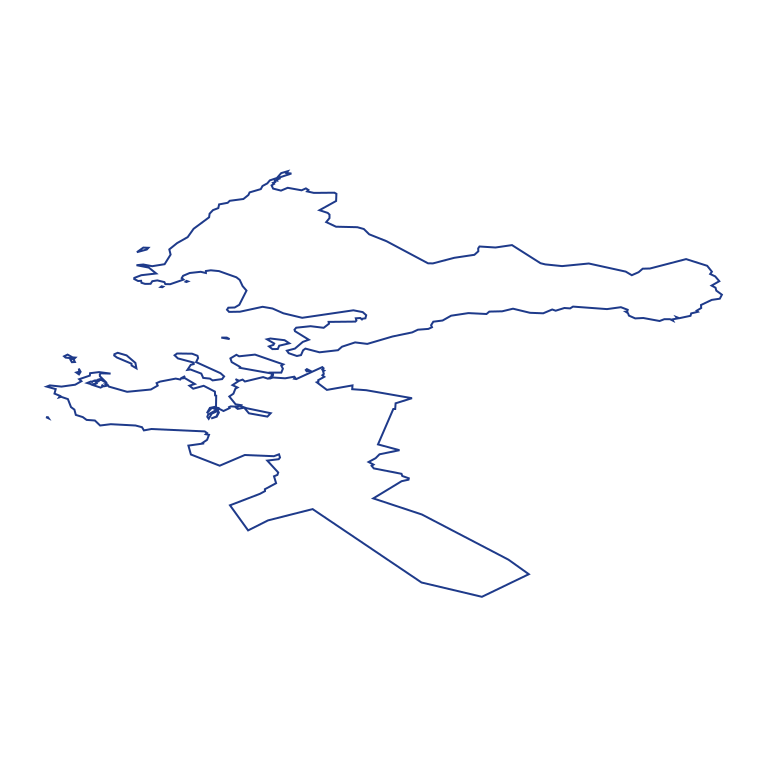 Reykjavíkurborg, Reykjavík, Iceland (Equal Earth projection)
{"feature_id": "244011B48219786980381", "entity_name": "Reykjavíkurborg", "entity_type": "district", "adm_level": 2, "iso_a3": "ISL", "parent_name": "Iceland", "parent_adm1": "Reykjavík", "projection": "equal_earth", "projection_center": [-21.784, 64.152], "detail": "fine", "context": "isolated", "style": "outline", "palette": "blue", "viewbox_px": 768, "rotation_deg": 0, "n_neighbors": 0, "source": "geoboundaries", "source_scale": "gbopen_adm2", "svg_char_len": 6068}
<svg xmlns="http://www.w3.org/2000/svg" viewBox="0 0 768 768"><path d="M715.2,276.4L710.2,274.0L711.9,271.7L707.2,265.8L686.1,259.1L650.0,268.5L642.7,268.7L638.6,272.2L631.8,275.2L625.7,271.6L588.8,263.5L562.1,266.1L545.3,264.4L540.5,263.2L512.0,245.1L495.5,247.5L479.5,246.5L478.2,248.4L478.3,251.3L474.4,254.8L454.3,257.8L432.9,263.4L428.0,263.3L386.5,241.2L369.2,234.3L363.8,229.0L357.3,227.2L336.0,226.7L326.2,222.1L329.5,218.1L329.5,214.6L327.7,212.9L319.5,210.2L336.1,201.0L336.4,193.8L334.4,192.7L313.9,192.9L307.1,191.4L308.4,190.0L305.9,188.4L301.6,190.3L287.7,187.8L281.0,190.6L273.1,188.6L271.6,185.4L274.0,183.9L273.0,182.9L275.2,182.0L274.8,180.5L277.3,180.7L277.0,179.5L279.7,178.5L279.4,177.5L291.4,173.5L286.5,173.0L287.8,171.2L281.2,173.1L276.9,178.0L269.8,180.4L267.3,183.4L262.5,186.0L260.8,189.1L249.6,192.4L248.4,195.0L243.4,199.0L229.7,200.8L227.7,202.8L219.1,204.4L218.3,208.1L213.0,210.1L209.6,213.7L209.1,217.3L193.6,228.8L187.7,237.1L177.1,243.1L169.3,249.4L170.6,254.6L164.6,264.2L152.2,266.2L143.3,264.5L136.5,265.2L148.8,267.6L156.2,273.5L141.3,275.2L134.3,277.9L134.2,279.0L138.1,281.0L141.1,280.8L141.5,282.8L145.1,283.9L150.6,283.8L152.3,281.2L157.3,280.4L164.4,282.1L165.3,284.1L170.2,284.2L183.5,279.6L181.7,278.1L183.1,275.8L189.7,273.0L200.7,271.8L205.9,273.0L205.9,271.0L210.8,270.3L219.0,271.1L236.4,277.3L239.7,279.9L242.6,286.1L246.5,290.6L239.3,304.8L234.7,307.5L228.3,307.7L227.0,309.7L229.1,311.9L240.0,311.7L262.6,306.8L272.5,308.5L283.4,313.3L302.2,317.8L353.4,310.3L362.7,312.1L366.2,315.2L365.4,318.3L361.4,318.9L362.7,320.1L360.3,318.0L355.8,318.3L356.4,320.6L355.4,321.6L328.6,321.9L329.0,323.7L323.7,327.8L310.6,326.2L296.2,327.7L294.5,329.7L295.0,331.2L308.8,339.7L302.8,341.9L294.9,348.6L286.9,350.7L288.7,353.2L296.9,356.0L301.0,355.1L303.1,350.3L305.4,348.6L319.5,352.3L338.0,350.2L342.0,346.7L355.1,342.4L367.3,343.9L392.5,336.5L412.2,332.4L417.9,329.7L428.4,328.9L432.0,327.2L431.1,325.2L433.3,321.7L442.6,320.5L451.1,315.7L468.4,313.1L486.5,314.0L489.3,311.6L502.2,311.3L513.0,308.7L530.0,312.8L543.2,313.3L552.2,309.5L555.7,310.7L564.4,308.0L570.1,308.4L573.0,306.6L607.0,309.1L620.9,307.2L627.7,309.8L627.3,311.5L625.7,311.7L628.0,313.2L628.9,315.6L635.2,318.4L643.3,318.0L659.6,321.0L664.3,319.2L670.0,319.2L673.0,320.7L672.3,319.4L677.3,318.5L676.2,317.0L679.3,318.2L690.5,315.8L691.2,313.4L697.9,311.8L696.7,310.7L701.2,308.0L701.0,305.0L711.7,299.9L719.8,298.7L721.9,294.7L716.3,290.6L715.5,287.7L711.6,285.6L719.3,281.2L715.2,276.4ZM322.3,367.1L296.2,379.1L294.2,378.7L295.1,377.6L294.3,376.7L285.2,378.3L272.9,377.5L269.2,378.8L271.8,377.4L273.1,374.9L272.9,373.7L271.4,372.6L281.3,372.6L282.9,368.7L281.3,365.7L283.3,364.4L255.0,354.6L239.1,356.3L236.4,354.8L230.4,358.4L231.7,362.1L240.1,366.9L239.7,367.8L272.2,373.6L271.2,376.8L268.0,378.7L263.1,377.1L244.9,381.5L242.6,379.6L239.1,380.8L235.5,379.1L238.4,381.2L232.5,385.1L237.5,387.5L235.4,388.7L233.4,393.7L229.3,396.5L235.6,404.3L241.4,405.2L240.9,406.2L246.5,408.2L270.7,413.2L267.4,416.6L248.9,413.3L244.2,407.7L237.7,408.9L236.2,407.7L237.9,406.7L230.7,406.4L229.1,407.1L229.6,408.1L223.5,411.0L218.8,408.6L217.8,410.3L218.9,412.6L216.7,416.7L211.2,418.5L216.5,416.4L218.3,412.3L217.1,411.2L211.8,413.6L208.7,418.8L207.3,416.8L208.2,414.5L216.3,410.0L218.0,407.9L215.3,407.4L217.0,408.3L216.0,409.3L211.9,407.8L206.9,413.2L209.9,407.9L216.0,406.6L216.2,395.7L215.1,395.4L214.9,391.6L203.7,385.8L193.2,388.7L189.4,385.7L194.8,384.0L184.8,378.1L181.8,378.4L185.1,376.1L181.1,378.2L180.3,379.5L175.7,378.6L160.0,381.6L156.6,383.1L157.7,385.6L150.9,389.5L127.1,391.8L108.9,386.6L107.3,384.3L105.5,384.3L107.1,385.7L104.0,386.3L101.5,384.8L103.3,386.2L100.6,387.6L93.0,385.1L97.6,382.9L92.2,384.5L87.2,383.0L90.9,381.5L92.9,382.4L91.9,381.6L94.6,380.7L96.3,382.0L97.9,381.5L96.3,380.4L99.8,380.1L98.9,379.4L99.9,379.1L106.9,383.1L99.9,376.2L99.8,374.4L100.8,373.3L110.6,373.6L99.0,372.1L90.1,373.2L89.8,375.6L79.2,379.2L81.4,381.2L75.2,384.7L61.5,386.6L49.8,385.4L46.7,386.6L55.7,389.1L54.5,393.6L60.1,395.9L59.1,397.4L61.1,396.8L67.9,399.1L71.0,407.1L74.4,409.6L75.8,414.9L82.8,417.1L86.6,419.9L94.9,420.5L100.1,425.5L110.8,424.2L135.5,425.5L142.0,427.2L143.9,430.4L151.5,429.0L204.7,431.4L207.0,433.0L205.8,434.2L209.0,434.8L207.1,439.8L202.4,443.0L204.1,443.4L188.4,445.6L190.9,454.5L219.7,465.7L244.8,455.0L273.9,456.2L279.0,454.3L280.0,457.5L278.7,459.2L267.3,460.6L278.2,472.5L277.4,474.9L274.0,476.3L276.1,483.2L264.9,489.2L265.0,491.1L260.0,493.8L230.0,505.3L248.1,530.4L268.0,520.4L312.6,509.1L421.5,582.5L481.9,596.8L528.8,574.2L508.5,559.7L421.9,514.5L373.3,498.4L401.6,481.2L408.5,479.7L408.8,478.3L402.3,476.0L401.5,473.8L373.8,468.4L371.6,465.8L373.5,464.6L368.6,462.0L375.6,458.2L379.5,454.3L399.5,450.2L378.0,444.4L393.3,409.0L395.2,409.0L395.6,403.3L412.0,398.2L366.2,390.2L352.2,389.2L352.5,385.4L326.9,389.9L316.8,382.3L318.4,381.7L318.2,380.2L324.3,376.8L322.4,375.2L323.8,373.9L323.1,371.3L324.2,370.6L322.3,369.6L323.5,368.2L322.3,367.1ZM177.1,353.5L174.6,355.3L177.9,358.4L193.7,362.6L193.7,364.1L190.8,364.8L187.4,369.9L190.5,369.5L201.3,373.6L203.2,377.9L209.9,378.6L212.6,380.4L222.1,379.1L224.1,376.4L220.5,373.2L196.1,362.1L198.1,358.0L197.5,355.8L192.1,353.7L177.1,353.5ZM270.4,338.5L267.0,339.3L274.2,343.5L273.4,344.9L269.0,346.4L272.4,349.1L277.8,349.0L279.2,345.7L289.3,343.3L284.6,340.2L270.4,338.5ZM136.4,368.3L135.4,362.9L126.6,355.4L117.7,352.8L114.4,354.2L114.2,355.5L116.9,357.5L131.5,363.7L131.6,365.5L136.4,368.3ZM72.6,357.4L67.6,354.6L64.1,356.3L65.6,357.6L72.0,358.3L72.5,359.0L70.5,359.8L71.9,362.2L74.9,362.0L73.6,359.4L75.4,357.6L72.6,357.4ZM148.4,247.8L143.3,247.6L136.9,252.2L146.8,249.5L148.4,247.8ZM226.8,337.6L221.3,337.6L229.6,339.1L226.8,337.6ZM80.6,371.8L78.8,368.6L79.3,371.6L76.3,372.5L79.0,374.4L80.6,371.8ZM310.2,370.8L306.9,369.1L305.8,370.0L306.7,371.3L310.2,370.8ZM163.1,286.7L161.6,286.3L160.7,287.0L162.4,287.2L163.1,286.7ZM187.9,281.4L186.5,280.9L185.6,281.7L186.4,282.0L187.9,281.4ZM47.9,417.2L46.1,417.2L48.7,418.4L47.9,417.2Z" fill="none" stroke="#1e3a8a" stroke-width="2"/></svg>